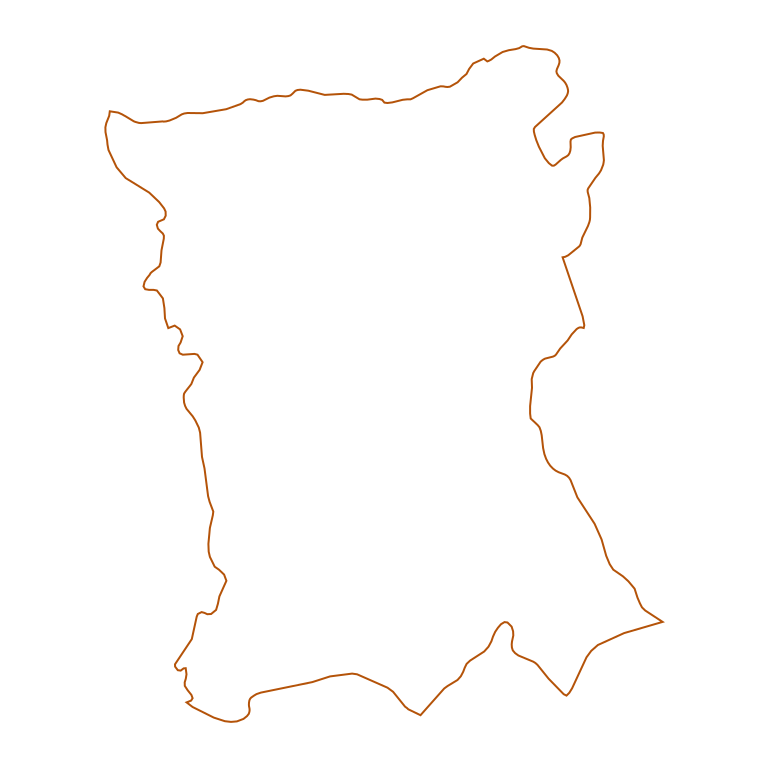 the Department of San Pedro
{"feature_id": "PRY-606", "entity_name": "San Pedro", "entity_type": "Department", "adm_level": 1, "iso_a3": "PRY", "parent_name": "Paraguay", "parent_adm1": "", "projection": "natural_earth1", "projection_center": [-56.605, -24.173], "detail": "fine", "context": "isolated", "style": "outline", "palette": "amber", "viewbox_px": 768, "rotation_deg": 0, "n_neighbors": 0, "source": "natural_earth", "source_scale": "10m", "svg_char_len": 4650}
<svg xmlns="http://www.w3.org/2000/svg" viewBox="0 0 768 768"><path d="M662.6,621.9L624.1,633.1L597.9,645.0L591.2,650.9L586.5,657.3L572.1,688.3L569.3,692.8L566.5,695.6L563.7,694.2L548.6,678.7L537.5,664.9L535.4,663.0L533.3,661.7L518.4,655.5L515.1,653.1L512.8,650.4L511.9,647.5L511.7,644.4L512.0,641.5L513.3,635.5L513.1,631.3L511.6,626.6L507.5,622.5L504.5,622.1L501.0,624.2L497.9,627.8L495.2,631.8L493.0,636.6L491.4,641.3L488.5,646.7L484.2,651.5L470.1,660.6L466.6,663.9L464.7,667.8L463.2,671.8L460.8,676.3L457.5,680.0L447.6,686.0L444.2,688.5L420.5,715.2L408.3,709.3L406.8,707.9L405.1,706.7L393.1,691.8L387.5,687.7L357.1,674.3L352.1,673.6L330.1,676.4L312.3,682.1L260.9,692.6L256.5,694.1L254.0,695.6L251.0,697.7L250.0,699.0L249.4,700.4L249.0,702.6L248.9,704.7L249.0,706.1L249.5,708.6L249.6,710.1L249.4,711.8L248.8,713.8L247.0,716.1L243.5,718.9L236.9,721.4L231.0,721.9L224.9,721.2L213.8,717.6L192.6,707.0L186.6,702.4L191.1,700.6L192.6,698.2L191.4,694.9L187.7,690.3L184.8,685.9L184.7,682.3L185.8,678.7L186.5,674.3L185.7,668.2L183.6,668.4L180.7,670.6L177.8,670.2L175.1,666.6L175.0,664.3L191.8,639.1L196.7,616.7L197.8,614.0L201.6,612.1L204.5,612.9L207.3,614.2L211.1,614.0L216.1,609.9L217.9,603.8L219.4,596.4L226.4,580.8L224.1,574.6L219.0,569.7L214.7,566.7L212.3,561.8L209.9,556.9L208.7,551.7L208.4,543.9L209.9,527.9L212.8,515.4L213.3,511.6L209.6,501.8L208.1,496.2L204.5,468.4L202.0,456.9L200.1,432.7L198.8,427.6L195.3,420.4L192.7,416.3L186.5,408.8L185.1,405.9L184.1,402.6L183.7,397.5L183.8,395.2L184.1,393.6L185.4,391.6L191.3,384.1L193.9,377.6L199.6,369.9L202.6,362.2L197.5,354.7L194.5,353.9L182.8,354.7L179.6,353.3L178.2,350.0L178.5,346.0L180.6,342.5L182.7,336.2L180.1,329.4L174.7,325.6L168.3,328.1L165.0,318.4L164.4,308.1L162.9,298.4L156.9,290.5L153.7,289.9L149.2,289.9L145.2,289.2L143.5,286.4L144.6,281.8L147.1,277.9L149.5,275.0L150.6,273.1L151.9,271.9L159.3,266.3L160.6,262.5L161.5,250.3L163.8,238.7L163.9,235.7L162.8,233.5L160.4,231.3L157.9,228.6L156.8,224.8L158.1,221.8L163.9,219.3L165.7,215.7L165.6,211.6L164.1,208.4L159.2,202.1L149.2,192.6L125.7,178.1L116.6,167.3L108.5,150.0L107.5,144.6L107.1,140.3L105.5,132.1L105.4,127.3L106.3,123.1L109.2,115.8L109.8,111.3L118.2,112.6L122.2,114.4L123.7,115.3L125.4,116.2L133.8,121.3L135.3,121.9L138.9,122.9L141.1,123.1L162.8,121.4L163.6,121.6L166.1,121.4L169.6,120.5L176.1,117.8L181.7,114.4L184.2,113.5L187.6,113.0L202.8,113.2L226.2,109.2L240.5,104.1L242.9,102.6L244.2,101.3L245.7,100.2L247.7,99.5L250.0,99.2L253.4,99.6L255.9,100.2L258.5,101.2L260.6,101.3L263.0,100.8L269.4,97.6L273.8,96.3L277.3,95.8L285.6,96.4L288.3,96.1L290.5,95.4L292.5,93.7L295.4,90.8L297.5,90.0L300.4,89.7L308.3,90.7L324.7,94.9L343.7,93.8L348.4,94.0L351.7,94.6L359.5,99.3L362.7,99.7L367.0,99.7L375.5,98.6L379.5,99.0L382.2,99.9L384.4,102.6L387.4,103.0L392.3,102.4L402.7,99.8L407.5,99.3L410.6,99.3L412.9,98.3L427.4,90.2L440.5,86.3L443.4,86.4L445.4,86.8L447.4,87.0L449.9,86.7L457.6,82.3L462.0,77.7L466.5,74.0L469.1,69.0L473.2,63.5L483.8,58.7L487.3,61.4L488.7,60.9L491.3,59.5L495.0,56.5L502.6,52.0L508.8,50.2L515.6,49.1L519.2,48.1L522.2,46.3L523.9,46.1L529.0,47.8L533.3,48.6L547.1,49.5L551.8,50.9L554.6,52.7L557.2,55.3L558.8,58.0L559.5,60.5L559.4,62.8L558.6,65.3L556.9,69.2L556.4,71.3L556.8,73.2L558.3,75.7L563.8,81.0L565.1,82.6L566.5,85.0L567.5,87.7L568.0,89.9L568.1,91.3L567.7,93.4L566.9,95.5L564.7,99.0L562.0,102.5L535.0,127.0L533.8,129.0L533.9,131.6L534.7,135.0L536.3,140.2L538.9,146.7L544.8,158.2L548.8,163.1L552.1,165.7L553.8,165.7L555.6,164.6L560.6,160.1L562.9,158.4L566.6,156.4L568.3,155.1L569.5,153.2L570.3,150.7L570.7,147.3L570.5,141.6L570.9,139.5L572.2,138.4L575.1,137.0L595.1,132.6L599.6,132.5L602.9,133.0L603.7,134.5L603.8,136.4L603.0,140.8L602.7,145.8L603.9,160.2L603.6,162.5L603.2,164.7L601.0,170.3L599.0,173.5L595.5,177.7L588.2,188.4L587.6,190.0L587.7,192.0L589.3,198.0L590.2,207.5L590.1,217.5L589.9,219.9L589.4,222.0L588.0,225.9L582.3,237.6L580.6,244.2L579.9,245.5L579.2,246.4L568.2,255.3L565.2,256.8L562.6,257.3L582.6,316.3L584.3,325.2L583.7,328.0L581.7,327.5L580.9,327.4L579.4,327.5L578.1,328.1L576.6,329.1L571.7,334.4L567.6,340.5L560.2,348.5L556.0,354.6L554.7,355.8L553.0,356.6L545.1,358.6L543.4,359.5L542.0,360.5L540.6,361.7L534.2,371.2L533.2,373.1L531.7,379.1L532.0,387.8L530.1,406.1L530.1,413.5L530.7,418.5L537.7,425.1L539.5,427.3L540.8,430.9L541.7,435.3L543.1,448.0L544.4,454.1L546.1,458.8L548.0,462.5L550.2,465.7L553.0,468.6L555.6,470.6L558.6,472.2L564.8,474.5L567.2,475.9L569.1,477.8L570.6,480.2L577.4,497.4L594.6,523.8L601.6,539.5L606.2,555.8L609.7,564.2L613.3,569.7L622.9,576.3L628.4,581.3L634.6,588.7L637.5,597.7L639.9,603.3L642.0,607.4L645.2,610.5L662.6,621.9Z" fill="none" stroke="#b45309" stroke-width="2"/></svg>